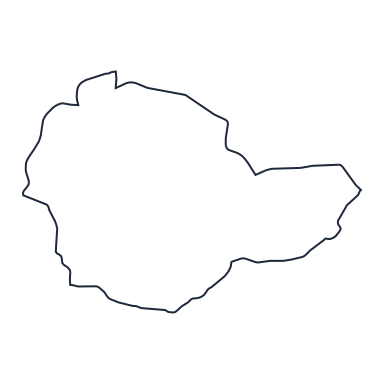 the border of Sühbaatar
{"feature_id": "MNG-3333", "entity_name": "Sühbaatar", "entity_type": "Province", "adm_level": 1, "iso_a3": "MNG", "parent_name": "Mongolia", "parent_adm1": "", "projection": "robinson", "projection_center": [113.466, 46.275], "detail": "fine", "context": "isolated", "style": "outline", "palette": "slate", "viewbox_px": 384, "rotation_deg": 0, "n_neighbors": 0, "source": "natural_earth", "source_scale": "10m", "svg_char_len": 2248}
<svg xmlns="http://www.w3.org/2000/svg" viewBox="0 0 384 384"><path d="M361.0,190.1L360.1,190.6L358.9,193.1L358.4,194.5L357.5,195.6L347.0,205.1L338.1,220.6L337.8,222.8L338.7,225.2L340.1,227.0L340.7,228.8L339.4,231.5L335.6,236.2L334.0,237.4L330.9,238.8L329.9,239.0L328.9,239.0L325.6,238.6L325.0,238.9L323.8,240.1L310.3,250.3L305.6,255.0L304.0,256.2L302.2,257.0L291.7,259.5L283.1,260.9L269.7,260.9L257.9,262.5L255.7,262.2L245.1,258.5L242.9,258.3L240.7,258.7L232.2,261.6L231.5,262.0L231.3,262.7L230.8,266.3L230.2,268.0L228.4,271.5L224.9,276.0L211.8,286.9L208.8,288.7L207.9,289.5L207.2,290.3L206.0,292.3L204.1,294.8L201.9,296.5L199.5,297.6L196.7,298.2L192.9,298.5L191.4,299.1L188.1,302.3L181.6,306.4L177.6,310.2L175.2,312.0L173.3,312.5L168.6,312.0L167.7,311.7L165.9,310.4L164.9,310.0L141.4,308.1L135.8,306.0L133.0,306.0L118.8,302.5L110.2,299.1L108.4,297.9L107.1,296.3L104.5,292.3L99.3,287.7L97.5,286.6L95.4,286.3L78.1,286.5L72.0,285.0L70.3,285.0L70.2,284.6L69.9,280.1L70.0,276.5L70.3,272.7L70.1,271.0L69.5,269.5L67.9,267.7L66.6,266.6L64.9,265.6L63.5,264.5L62.3,262.9L61.7,258.0L61.0,256.0L58.9,254.4L57.2,253.5L56.3,252.5L55.9,252.0L55.9,249.5L57.2,228.7L56.3,224.8L55.0,221.1L49.4,210.4L48.5,207.3L47.8,205.8L46.6,204.6L23.4,195.4L23.0,193.0L23.3,192.0L24.0,190.6L28.0,185.6L28.6,184.4L28.9,182.8L28.7,181.2L28.4,179.5L26.5,173.7L25.9,171.1L25.7,169.4L26.0,163.2L27.0,160.3L28.6,157.4L34.5,148.7L39.0,141.2L40.7,135.9L42.9,121.2L43.7,118.9L44.7,117.0L46.9,113.8L53.2,107.5L55.2,106.1L57.9,104.6L60.7,103.6L61.7,103.4L62.8,103.3L70.8,104.7L78.3,105.1L77.1,100.4L76.7,96.8L76.8,94.4L77.2,90.5L77.5,88.9L77.9,87.6L78.4,86.5L79.0,85.4L79.9,84.2L81.0,83.1L82.3,82.1L85.9,80.0L105.2,73.8L108.4,73.5L109.3,73.2L110.8,72.4L111.2,72.2L115.8,71.5L116.4,78.7L115.7,88.1L126.4,83.1L128.5,82.6L130.3,82.4L132.1,82.4L135.5,83.0L147.5,87.9L185.5,95.0L214.2,114.5L225.2,119.6L226.5,120.6L227.4,121.5L228.0,123.6L225.8,137.8L225.7,144.2L226.0,146.2L226.6,147.7L227.4,148.9L228.4,149.7L229.5,150.2L236.6,152.7L238.5,153.6L240.4,154.7L242.3,156.2L244.1,158.0L247.9,162.8L255.5,174.9L266.2,170.2L271.7,168.8L300.7,167.9L312.6,165.8L339.3,164.7L340.5,165.1L341.5,165.8L342.5,166.7L355.6,184.8L361.0,190.0L361.0,190.1Z" fill="none" stroke="#1e293b" stroke-width="2"/></svg>